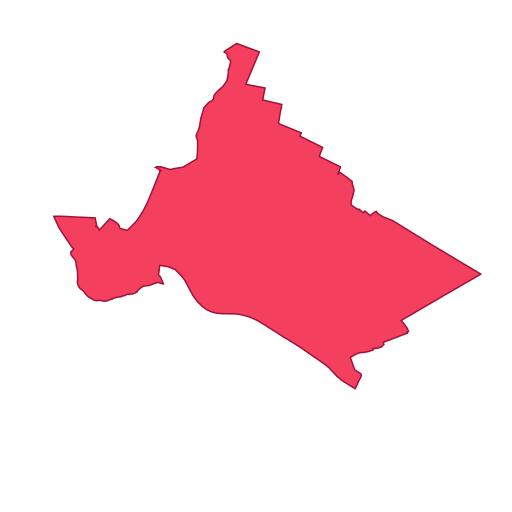 Wageningen, Gelderland, Netherlands, rotated 46°
{"feature_id": "6326949B29880735882164", "entity_name": "Wageningen", "entity_type": "district", "adm_level": 2, "iso_a3": "NLD", "parent_name": "Netherlands", "parent_adm1": "Gelderland", "projection": "albers", "projection_center": [5.656, 51.969], "detail": "fine", "context": "isolated", "style": "filled", "palette": "rose", "viewbox_px": 512, "rotation_deg": 46, "n_neighbors": 0, "source": "geoboundaries", "source_scale": "gbopen_adm2", "svg_char_len": 5953}
<svg xmlns="http://www.w3.org/2000/svg" viewBox="0 0 512 512"><g transform="rotate(46 256 256)"><path d="M87.4,137.3L88.1,137.0L89.4,136.5L90.3,136.5L90.9,136.8L92.3,137.8L93.4,138.4L93.7,138.5L94.2,138.6L94.8,138.7L97.4,138.6L98.7,139.5L99.4,140.5L101.4,143.6L102.4,145.3L102.5,145.8L103.1,146.9L103.4,147.3L104.8,148.4L107.6,152.1L109.6,155.0L109.9,155.8L109.9,156.1L110.3,158.3L111.0,161.6L111.1,162.2L110.9,164.7L110.7,167.9L110.9,171.5L111.1,173.4L111.4,174.8L111.6,175.1L112.8,176.6L113.4,177.4L113.6,179.0L113.7,180.0L113.7,180.3L113.3,181.2L113.2,181.4L113.1,181.8L112.9,182.3L112.7,183.2L112.7,183.5L113.0,189.5L113.1,189.9L113.1,190.4L114.8,193.2L118.9,200.5L119.1,200.8L120.7,202.8L122.6,205.3L123.2,206.0L123.8,207.0L124.6,208.4L125.6,210.6L127.5,214.9L127.7,215.2L128.1,215.7L128.4,215.9L130.4,216.8L131.7,217.5L132.7,218.2L133.7,219.1L136.3,221.6L141.4,226.8L143.7,229.6L144.5,230.4L144.6,230.5L144.6,230.8L144.8,231.3L144.9,231.9L144.9,232.2L144.8,232.6L144.5,233.4L143.2,239.0L142.5,242.1L141.4,246.4L141.1,247.3L136.0,254.5L134.9,256.7L134.1,257.5L133.9,257.7L133.5,258.0L131.9,259.0L125.9,262.3L123.1,265.1L122.9,265.4L122.7,265.8L122.5,266.5L122.4,266.7L128.0,265.2L127.6,265.9L127.9,266.0L128.0,266.1L128.3,266.0L136.2,283.4L141.4,295.4L142.1,297.2L144.1,302.7L145.8,307.9L145.6,308.0L146.1,309.8L146.5,311.4L146.8,312.5L147.3,314.7L147.5,316.0L147.7,317.2L147.9,319.1L148.0,320.9L148.1,323.8L148.1,330.1L148.1,330.6L147.8,331.0L147.6,331.2L146.9,331.6L144.9,332.7L142.1,334.4L141.5,334.6L141.1,334.5L140.6,334.3L139.0,333.3L137.6,333.1L137.0,333.1L136.6,333.1L134.1,333.5L131.5,334.0L130.2,334.4L128.8,334.9L127.6,335.1L128.4,348.0L128.4,350.6L127.0,350.2L125.3,349.7L123.7,350.8L122.9,349.8L123.3,349.3L120.4,347.5L119.1,346.8L117.0,345.1L107.7,353.8L103.8,357.6L97.9,363.0L95.7,365.1L90.6,370.0L87.0,373.9L92.0,375.7L98.9,378.1L107.2,379.7L117.2,381.5L121.1,382.2L124.5,382.3L124.4,386.3L126.5,388.1L127.1,388.3L130.2,388.6L131.4,388.6L132.5,388.7L134.0,389.1L134.9,389.4L137.8,391.8L138.7,392.3L141.1,393.8L143.2,395.3L145.8,397.6L147.4,399.1L148.6,400.1L150.3,402.3L151.4,403.2L152.9,404.0L154.7,404.7L155.4,404.9L156.6,405.1L157.8,405.1L159.0,404.8L161.2,404.5L163.2,404.8L167.5,405.1L170.2,404.7L171.9,404.0L172.1,403.9L173.5,403.8L174.6,403.4L175.5,403.0L177.2,401.9L177.6,401.6L177.8,401.3L179.2,399.2L179.6,398.9L180.7,398.3L181.6,397.6L183.3,396.5L184.1,395.4L184.4,394.8L184.7,394.4L185.1,393.9L185.3,393.1L185.4,392.9L185.8,392.1L185.8,391.7L186.0,390.5L186.1,390.4L186.8,390.0L187.0,389.8L187.1,389.6L187.2,389.3L187.2,388.5L187.4,388.0L188.3,386.0L188.8,385.1L189.9,383.4L190.3,382.9L191.1,382.1L191.8,381.2L191.9,380.9L191.9,380.1L191.9,379.9L192.6,379.0L193.2,378.1L193.3,377.9L193.4,377.3L193.5,376.9L193.8,376.2L194.4,374.9L194.7,374.3L195.2,374.1L195.6,374.1L195.7,373.8L195.6,373.6L196.2,372.5L196.7,372.2L197.6,371.3L197.7,371.0L197.7,370.5L198.6,368.8L198.8,368.3L198.9,367.7L199.2,367.0L199.2,366.9L199.2,366.7L198.9,365.8L198.8,365.5L198.7,365.1L198.7,364.4L198.8,362.2L198.9,360.9L199.3,358.7L199.5,357.5L200.4,356.8L201.2,355.6L202.5,354.0L202.9,353.5L203.5,352.0L204.5,349.9L205.5,347.5L205.9,346.6L206.9,344.9L207.8,344.4L209.7,343.2L211.4,342.3L211.8,342.0L211.7,341.8L209.1,341.0L205.9,339.7L204.5,339.2L203.2,339.3L202.1,339.4L195.9,331.8L196.5,331.2L202.6,326.7L208.1,324.2L209.8,323.5L212.8,323.5L219.1,323.6L223.7,324.0L233.0,326.7L241.1,328.9L244.0,329.3L247.7,329.8L255.0,329.7L257.9,329.2L259.8,328.9L260.9,328.5L264.3,327.3L267.9,325.3L270.0,323.8L274.0,320.4L279.7,314.7L283.5,310.8L287.3,307.9L288.3,307.3L291.4,305.3L296.2,302.7L298.1,301.9L299.7,301.2L302.5,300.2L304.1,299.6L311.7,297.6L321.4,295.3L324.0,294.6L333.3,292.5L345.6,289.2L348.6,288.5L352.3,287.6L358.4,286.4L368.6,284.4L374.7,283.1L382.8,281.6L387.2,281.1L388.6,281.2L398.6,281.3L405.6,280.6L417.2,277.7L420.3,276.9L419.2,273.7L417.3,269.0L416.8,267.3L416.5,266.8L416.4,266.1L415.4,263.6L413.7,262.4L406.3,264.0L394.8,258.7L394.6,257.4L394.8,256.7L395.0,256.3L395.4,254.8L395.8,253.6L396.0,252.9L396.1,252.1L396.6,250.9L397.3,249.3L397.5,249.0L397.9,248.3L399.9,245.9L400.9,244.5L401.1,244.1L401.6,243.4L402.7,241.7L403.0,241.2L403.3,240.6L403.7,239.5L404.9,237.4L404.9,237.2L404.8,236.9L404.0,236.2L404.3,235.3L404.4,235.2L404.9,235.2L405.9,233.4L406.0,233.3L406.3,233.3L406.5,233.1L406.8,232.7L408.5,228.7L408.6,228.2L408.6,227.7L408.6,227.4L408.4,226.5L408.6,225.5L406.5,224.4L416.6,200.7L416.2,200.6L416.4,200.3L415.6,199.9L416.1,198.6L413.0,197.4L407.5,196.6L405.0,196.5L403.9,196.2L403.2,196.3L404.5,191.0L405.8,185.9L408.3,175.5L408.5,174.6L413.9,152.6L414.2,151.6L414.3,150.9L415.1,147.4L415.7,145.4L416.2,143.3L419.3,130.8L419.7,129.1L420.2,127.0L421.0,123.7L421.6,121.6L423.6,113.4L425.1,107.4L425.2,106.9L424.8,106.9L424.7,107.0L413.0,110.1L403.3,112.8L376.0,120.1L370.3,121.7L365.6,122.8L363.1,123.5L325.5,133.1L316.1,137.4L310.2,138.9L307.4,138.5L307.3,138.8L307.0,139.8L306.8,140.7L306.7,141.4L306.3,144.8L306.4,145.7L303.9,146.0L299.2,146.4L299.3,148.9L294.0,149.3L294.2,150.0L290.3,151.1L289.2,151.3L285.4,152.2L283.3,150.1L283.0,149.9L282.7,149.5L281.5,147.4L281.3,147.0L280.8,146.0L277.7,141.0L277.3,140.3L276.5,139.6L275.4,138.9L273.1,137.7L272.6,137.4L271.2,136.7L269.9,135.7L268.9,135.0L268.0,135.1L267.1,135.4L266.5,135.5L262.3,136.0L258.3,136.8L256.4,137.1L253.9,137.6L253.9,138.2L254.4,139.3L254.5,139.4L254.4,139.6L253.9,140.0L253.6,139.3L251.1,134.3L250.6,133.3L228.4,141.3L227.3,139.3L224.2,132.7L200.4,141.1L199.4,139.0L198.9,137.9L197.1,138.7L190.7,141.5L187.5,142.9L179.3,146.5L176.4,147.7L176.2,147.4L175.3,146.5L174.3,145.1L173.9,144.4L172.1,142.2L171.1,140.8L169.7,139.0L168.6,137.3L166.7,134.5L165.0,132.2L164.1,132.7L157.7,136.8L148.5,142.8L145.9,139.2L141.4,132.8L129.9,140.9L125.6,143.8L125.6,143.7L125.3,143.9L111.6,111.9L109.2,112.9L104.7,115.1L103.0,115.9L99.7,117.5L92.9,120.7L89.7,122.2L86.8,136.7L86.8,136.8L87.4,137.3Z" fill="#f43f5e" stroke="#9f1239" stroke-width="1.5"/></g></svg>